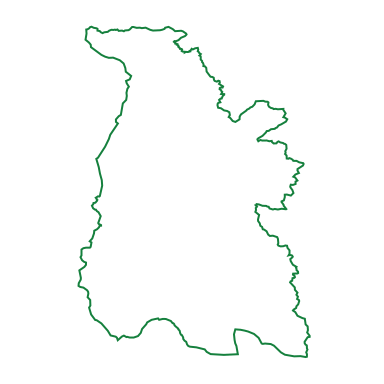 Phonxay, Louangphrabang, Laos, rotated 269°
{"feature_id": "54806243B12835501655609", "entity_name": "Phonxay", "entity_type": "district", "adm_level": 2, "iso_a3": "LAO", "parent_name": "Laos", "parent_adm1": "Louangphrabang", "projection": "equal_earth", "projection_center": [102.787, 19.886], "detail": "fine", "context": "isolated", "style": "outline", "palette": "green", "viewbox_px": 384, "rotation_deg": 269, "n_neighbors": 0, "source": "geoboundaries", "source_scale": "gbopen_adm2", "svg_char_len": 5968}
<svg xmlns="http://www.w3.org/2000/svg" viewBox="0 0 384 384"><g transform="rotate(269 192 192)"><path d="M356.3,89.1L352.2,89.3L346.1,88.2L343.3,91.5L341.1,93.3L338.6,93.5L330.7,103.8L328.8,107.5L327.6,111.2L327.7,115.5L325.0,122.1L321.7,125.9L317.1,127.5L313.4,127.9L309.1,133.2L305.7,131.7L304.2,128.0L301.9,128.6L298.4,130.7L296.3,129.2L292.3,128.2L289.2,128.5L285.2,127.8L281.8,124.4L270.3,122.2L269.1,120.1L265.9,117.2L263.4,117.2L261.8,119.1L250.7,111.3L246.4,109.8L238.8,105.9L227.9,98.6L226.8,96.9L218.5,99.2L212.0,100.3L205.4,102.0L199.9,102.3L189.6,99.8L189.1,99.3L189.3,97.9L187.9,95.7L186.8,96.6L186.1,96.6L185.7,97.2L184.9,96.9L183.0,95.2L182.7,93.3L181.4,93.0L180.1,91.7L177.4,92.9L176.0,94.8L176.0,95.6L174.5,96.6L173.5,98.1L169.5,100.3L162.6,97.7L161.7,98.2L160.5,100.5L159.9,100.5L159.8,99.0L158.3,98.4L156.4,96.4L155.0,93.6L152.3,93.3L147.3,91.5L144.5,88.9L143.3,90.6L138.9,89.7L138.1,88.9L138.2,85.1L137.7,82.4L136.4,80.5L130.5,80.4L128.8,79.4L125.7,80.9L124.1,82.8L123.3,84.8L121.0,84.7L119.0,83.1L115.6,78.0L108.0,79.4L106.3,79.2L102.8,77.2L100.1,76.9L99.0,78.6L98.3,81.8L95.5,85.5L94.0,86.4L92.2,86.6L88.6,85.8L85.8,88.3L80.2,88.4L78.2,87.1L71.3,89.0L65.7,93.0L65.5,94.4L62.2,99.1L54.7,105.4L50.0,108.1L48.7,113.2L47.6,114.4L45.1,115.2L48.7,119.4L49.6,121.4L48.1,123.9L48.3,124.7L47.6,127.1L47.5,131.2L48.9,135.5L52.0,138.3L55.9,139.7L60.5,143.9L62.4,144.9L64.9,149.4L66.2,155.9L64.8,156.9L65.6,160.5L65.5,163.6L63.4,168.6L61.2,170.3L61.1,171.1L60.2,171.9L59.0,172.2L57.8,173.4L55.6,175.9L54.9,175.9L53.6,177.2L50.8,177.8L49.3,178.7L49.1,179.4L46.8,180.6L45.2,180.7L43.4,182.0L42.3,183.6L39.7,184.4L38.1,185.6L37.4,187.2L36.6,193.7L34.4,202.0L31.9,203.9L29.6,207.8L28.6,221.0L29.0,235.0L37.3,233.7L39.9,232.6L43.3,232.0L49.0,231.5L53.9,232.9L53.4,238.1L52.5,242.2L51.5,245.7L49.0,251.5L45.0,256.1L39.3,259.0L38.9,260.1L39.2,262.4L38.6,268.1L36.9,271.3L30.1,278.1L27.7,282.0L25.9,291.3L26.0,297.6L25.0,302.8L25.3,304.0L27.8,304.1L29.7,303.4L32.5,304.7L33.5,304.2L36.6,304.1L37.5,302.8L38.9,302.0L40.3,302.0L44.8,305.1L45.1,307.1L46.2,307.1L49.5,304.7L51.8,305.5L55.6,305.3L57.6,303.3L63.3,302.6L64.0,300.2L66.4,295.3L70.1,293.2L71.7,290.9L72.6,291.5L74.2,294.1L75.9,294.4L77.8,296.2L81.1,297.3L82.0,297.1L83.2,295.2L85.5,296.1L87.4,294.6L89.5,295.7L92.4,293.2L94.8,293.1L99.9,288.5L100.9,289.0L101.5,290.6L104.1,291.0L104.4,292.8L105.0,293.4L106.1,293.2L107.6,291.5L108.6,291.7L108.7,296.1L109.1,296.7L110.5,296.6L112.2,295.1L113.2,295.2L114.6,294.6L115.3,295.2L117.5,291.6L121.2,289.5L123.2,289.1L125.0,291.3L125.6,291.6L126.7,291.0L127.1,290.1L127.3,288.5L127.0,287.5L128.5,288.4L131.9,288.5L134.5,286.5L136.6,286.1L136.9,284.4L136.2,282.4L136.1,279.6L136.9,277.4L137.9,276.8L139.3,277.4L143.6,277.1L145.4,276.4L146.9,272.1L146.7,269.1L148.1,267.4L151.4,265.9L153.2,263.4L153.5,262.1L155.8,261.5L157.1,259.7L159.5,259.2L161.8,257.6L163.3,257.5L167.9,258.7L171.0,255.0L172.8,255.7L174.9,255.5L176.2,256.7L177.7,255.4L178.2,256.8L178.7,256.7L178.4,258.7L177.0,262.2L176.8,266.0L176.1,267.0L175.9,268.4L174.2,269.2L173.1,272.6L173.6,274.4L173.0,277.6L173.7,281.3L173.1,285.7L173.3,286.0L176.7,283.4L177.7,283.3L180.5,281.3L181.1,281.4L182.0,283.7L185.3,284.7L187.7,284.7L187.8,286.8L186.7,290.8L189.2,293.4L192.2,292.4L194.9,290.5L195.9,290.3L197.6,290.9L197.3,293.0L198.2,295.7L200.6,295.7L201.6,297.6L204.7,295.4L205.5,293.6L207.7,295.7L209.1,299.2L211.7,297.8L213.1,297.9L216.5,303.4L218.1,304.1L218.9,303.7L219.8,299.7L221.3,297.1L221.4,293.8L222.5,293.2L223.7,291.3L224.2,289.8L223.6,289.1L223.8,287.3L226.8,287.2L228.4,285.7L229.5,286.3L231.2,286.0L233.6,287.3L236.9,287.1L237.5,287.0L238.5,285.7L238.7,284.7L239.4,283.9L240.0,281.2L241.1,279.5L240.6,278.3L239.2,277.3L239.1,274.5L240.5,272.9L241.7,272.6L241.4,270.2L242.2,267.6L242.2,263.2L242.8,261.2L241.6,259.2L243.1,258.4L243.6,258.3L244.6,259.3L246.9,263.5L250.3,267.0L251.6,267.7L251.8,269.8L253.4,272.1L253.7,275.9L254.4,276.5L255.0,278.1L257.0,279.7L258.1,282.4L260.8,287.2L263.1,288.5L264.9,285.9L265.2,284.7L269.0,287.0L272.6,284.7L273.5,284.8L273.2,279.3L273.7,277.1L273.5,275.0L274.2,274.3L274.7,272.3L276.0,270.4L277.8,269.6L280.2,270.0L280.9,269.2L281.1,266.8L281.9,265.0L281.6,257.4L278.5,256.1L276.2,253.8L275.5,251.8L274.5,250.8L273.3,248.3L272.5,247.8L268.7,242.3L266.6,241.0L263.8,240.8L261.3,236.6L262.3,233.9L265.4,231.5L266.3,230.0L268.3,231.2L271.1,230.7L272.4,228.5L273.0,225.5L275.2,222.5L275.8,219.6L278.3,219.0L279.8,219.2L280.7,219.9L281.2,221.9L283.6,220.7L284.9,222.2L284.9,223.3L287.5,224.4L288.7,225.9L289.3,225.9L289.5,222.9L291.5,224.0L292.4,223.1L293.2,223.0L294.3,221.4L295.5,221.6L295.9,222.5L295.9,224.4L297.0,224.9L299.6,220.9L300.9,221.7L302.4,221.5L302.8,220.2L301.9,218.8L302.7,216.6L303.9,215.9L305.9,215.7L306.7,214.3L306.8,213.0L307.2,212.3L312.2,208.7L315.9,208.4L317.5,207.0L317.7,205.6L319.2,205.8L320.9,205.2L321.6,204.4L322.8,204.4L324.3,203.0L327.1,203.1L327.7,202.9L328.3,201.8L329.8,203.2L330.9,201.6L331.9,201.2L332.6,200.2L334.2,200.7L336.0,200.3L335.6,197.6L334.5,195.3L335.2,194.2L333.4,193.0L333.2,192.3L332.6,192.6L332.0,190.3L332.2,188.4L331.6,187.2L332.3,187.3L332.6,185.0L333.2,184.1L334.7,184.6L335.2,184.1L335.3,182.5L336.2,182.3L337.0,181.1L337.8,181.3L338.1,180.7L338.9,180.7L339.3,179.8L340.0,179.9L339.9,179.1L340.5,179.0L340.7,177.9L341.2,178.0L342.5,176.5L343.2,177.1L343.1,178.7L344.1,181.2L346.4,183.7L348.0,187.7L348.9,188.7L349.6,189.3L350.5,188.9L352.8,185.7L353.4,184.0L353.1,177.9L355.2,175.6L357.5,171.4L356.7,168.0L355.6,167.4L354.8,165.2L354.3,162.9L354.1,155.8L354.9,153.0L357.1,148.5L356.7,144.6L357.2,142.8L357.1,139.5L358.0,136.3L358.0,135.0L355.6,132.6L354.9,131.3L354.7,127.8L353.9,126.7L354.6,124.9L354.4,121.5L355.8,120.3L355.3,118.7L355.7,117.8L355.4,116.3L355.6,114.3L354.8,112.1L353.6,110.6L353.2,107.0L352.4,105.4L353.4,103.5L354.5,102.6L355.0,100.3L356.7,100.4L357.3,99.6L357.9,96.6L359.0,94.4L358.6,93.0L357.5,92.1L356.5,90.4L356.3,89.1Z" fill="none" stroke="#15803d" stroke-width="2"/></g></svg>